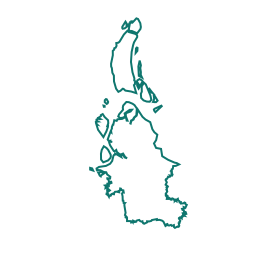 outline of Noakhali, Chittagong, Bangladesh, rotated 170°
{"feature_id": "16705992B96773862439533", "entity_name": "Noakhali", "entity_type": "district", "adm_level": 2, "iso_a3": "BGD", "parent_name": "Bangladesh", "parent_adm1": "Chittagong", "projection": "robinson", "projection_center": [91.099, 22.578], "detail": "fine", "context": "isolated", "style": "outline", "palette": "teal", "viewbox_px": 256, "rotation_deg": 170, "n_neighbors": 0, "source": "geoboundaries", "source_scale": "gbopen_adm2", "svg_char_len": 5830}
<svg xmlns="http://www.w3.org/2000/svg" viewBox="0 0 256 256"><g transform="rotate(170 128 128)"><path d="M95.9,21.9L95.0,22.1L94.5,22.8L94.6,25.4L93.8,25.5L93.8,26.5L93.1,26.6L92.6,27.6L93.5,29.8L93.0,30.1L93.2,30.6L92.3,31.0L90.8,29.6L90.5,31.6L89.6,32.1L89.3,31.4L88.4,32.0L87.6,31.7L88.8,33.5L88.9,34.5L87.7,34.3L86.7,33.1L85.5,33.3L85.8,35.2L87.4,35.9L87.3,36.9L88.1,38.3L88.6,38.1L88.8,39.0L86.7,39.0L86.8,40.4L85.3,39.5L83.5,42.1L84.6,42.9L84.6,44.3L85.3,44.8L86.6,44.2L89.1,44.4L89.4,45.1L88.9,45.1L88.8,45.8L90.1,45.9L90.1,47.1L91.2,48.1L91.2,49.6L92.9,48.9L93.0,47.4L94.2,48.4L94.6,48.1L94.3,49.4L95.6,49.6L95.7,50.4L96.6,51.0L97.5,50.8L97.8,49.9L98.4,50.1L98.6,51.0L100.0,52.4L100.3,51.1L102.1,51.4L101.6,52.6L102.0,53.9L101.4,54.4L102.5,54.8L102.5,55.4L101.8,55.6L102.2,56.8L100.4,58.6L100.8,60.3L100.4,60.3L100.4,61.5L99.2,63.1L100.1,63.3L99.4,64.2L100.8,65.6L99.2,67.8L100.0,70.3L99.4,71.1L98.3,71.2L97.1,73.0L96.4,72.6L95.1,73.3L95.4,72.8L95.0,72.8L94.5,73.3L94.9,74.0L92.8,73.5L92.2,74.6L93.1,76.0L92.7,77.8L93.2,78.2L92.7,78.6L92.3,78.1L92.1,79.7L91.0,80.0L90.1,82.7L87.5,82.4L84.0,83.3L86.1,85.0L88.1,85.8L94.0,89.7L99.2,94.3L99.1,101.7L103.8,103.5L105.1,108.3L102.4,111.2L100.3,116.3L102.8,119.3L104.2,122.5L105.1,129.9L109.3,133.3L111.8,136.5L115.1,144.3L117.3,138.7L120.0,137.1L121.0,135.4L123.5,134.4L124.6,131.9L124.9,132.1L123.7,134.8L121.8,135.4L120.2,137.3L117.6,139.0L115.9,145.7L117.6,149.4L119.3,151.1L122.7,153.3L125.1,153.9L128.8,151.0L129.6,149.0L129.7,146.9L134.4,143.0L135.6,141.1L134.0,139.1L130.6,139.1L128.6,140.3L128.8,142.9L123.2,145.6L120.9,145.3L122.6,143.8L127.6,142.9L128.1,140.0L127.2,135.3L128.0,135.5L128.1,138.1L129.0,139.0L132.2,138.0L136.9,138.4L137.9,137.0L140.2,138.0L141.9,133.8L142.4,133.9L143.8,131.6L143.8,130.6L145.2,128.4L145.2,126.6L145.9,127.4L150.0,120.2L149.4,118.8L147.8,118.6L148.3,117.9L145.9,117.0L148.7,117.8L149.1,117.0L148.6,114.0L146.0,107.8L145.2,107.4L143.4,108.4L143.1,106.3L140.9,103.7L139.5,103.2L137.3,103.7L135.9,100.1L134.2,98.3L136.5,99.7L137.2,102.1L140.1,101.9L139.8,100.7L145.1,105.1L145.5,104.0L146.3,104.0L147.2,103.1L149.3,98.3L151.8,95.9L156.3,94.5L163.3,94.7L166.0,93.6L166.0,92.1L162.5,91.2L159.5,88.9L157.1,88.2L156.6,85.9L153.9,83.0L154.4,81.4L157.1,82.1L157.2,81.5L156.1,80.2L156.1,78.3L153.9,78.0L153.8,76.8L156.7,76.1L156.8,75.2L157.3,75.9L157.1,76.8L158.0,76.8L158.5,73.8L159.8,75.4L160.6,75.4L159.9,74.5L160.6,72.7L158.1,73.4L159.1,70.6L157.8,71.0L156.7,69.7L157.9,69.1L159.3,69.8L159.2,66.9L160.4,67.3L160.7,66.6L159.2,65.1L158.7,63.6L158.3,64.5L157.1,64.3L156.9,65.1L156.4,64.8L155.6,65.8L154.1,66.1L154.0,65.4L153.3,65.2L153.0,66.3L151.9,67.4L150.3,67.3L148.0,66.3L148.2,67.6L146.8,67.8L146.2,69.8L145.5,69.5L145.0,67.9L143.4,67.4L143.4,65.2L144.3,65.5L145.3,64.3L145.2,61.7L145.8,57.4L145.2,57.2L145.3,54.9L144.0,54.6L144.7,54.0L145.0,52.2L145.1,44.9L146.1,42.8L145.0,41.0L145.8,40.9L145.9,40.4L144.6,39.5L145.1,36.5L141.3,35.8L141.3,34.4L139.8,34.7L139.6,34.3L139.1,35.9L138.3,35.4L138.2,34.4L137.8,34.2L136.2,34.3L136.0,35.1L135.1,35.4L132.9,35.5L132.2,34.2L130.8,33.4L130.0,33.6L130.0,32.6L129.2,31.7L129.4,31.4L128.7,30.9L125.5,31.8L125.4,32.8L123.2,32.3L121.1,32.5L120.5,33.2L115.4,33.3L115.6,32.3L113.0,32.1L110.7,31.0L109.4,29.7L108.1,25.0L107.0,25.5L106.7,26.5L105.9,26.6L105.6,25.3L104.5,24.8L102.5,25.1L101.8,24.0L99.7,24.4L99.9,22.5L99.1,21.5L96.4,22.4L95.9,21.9ZM125.6,167.3L124.1,165.3L118.6,163.4L113.8,160.9L114.7,169.2L113.6,169.9L113.3,171.3L112.1,171.9L113.6,173.7L113.1,175.9L113.9,182.1L113.6,192.5L111.2,202.3L108.6,208.6L107.2,211.3L103.2,215.9L102.9,217.2L103.2,218.3L104.8,219.6L110.6,222.4L111.8,223.8L115.8,220.8L121.2,214.6L122.6,213.7L124.8,213.7L125.0,210.9L126.2,209.3L127.7,208.9L128.0,207.6L129.6,206.6L130.3,202.3L133.5,194.3L133.9,191.5L133.5,189.8L133.8,185.1L132.8,182.1L133.7,176.3L132.9,168.8L131.2,165.3L128.9,166.0L126.4,167.6L125.6,167.3ZM158.5,138.0L157.7,136.8L158.5,137.2L157.8,131.5L153.8,123.3L149.9,128.4L147.6,132.5L147.3,133.6L148.0,133.6L146.6,136.1L146.3,139.1L149.1,142.9L150.5,146.1L152.5,145.4L152.7,144.3L155.0,143.4L154.8,142.4L153.7,141.6L154.6,141.6L156.2,142.8L157.0,141.6L157.6,141.6L157.8,140.7L156.4,139.6L157.2,139.7L156.9,139.0L157.9,139.9L158.6,139.6L158.5,138.0ZM104.4,169.8L107.3,166.6L108.1,161.4L109.4,159.4L109.8,155.3L107.9,152.5L105.0,150.8L102.0,150.1L100.1,151.8L100.3,156.1L102.9,167.8L104.4,169.8ZM107.4,222.9L102.5,219.7L98.6,223.3L97.8,225.2L97.7,229.1L99.2,233.6L100.7,234.5L106.0,230.5L105.1,231.8L105.3,232.3L106.3,232.5L107.0,231.2L107.6,231.6L110.2,224.8L109.2,223.0L107.4,222.9ZM158.3,98.5L153.3,99.5L150.8,101.3L149.9,102.6L149.7,104.7L151.3,109.8L152.6,112.0L155.0,114.2L157.7,110.9L159.1,107.3L160.0,101.6L158.3,98.5ZM104.8,192.4L107.1,186.8L108.3,177.5L105.4,175.2L106.2,178.2L105.6,180.8L105.5,184.9L104.4,187.5L104.8,192.4ZM108.2,174.2L110.4,173.3L111.2,172.1L109.0,167.2L105.5,171.4L106.1,172.6L108.2,174.2ZM116.0,228.7L116.3,227.5L116.0,226.7L114.0,226.7L110.4,228.5L110.3,229.6L111.3,228.7L111.6,229.0L111.4,231.7L112.0,233.2L116.0,228.7ZM91.3,144.2L98.5,142.3L99.3,141.7L99.2,140.5L98.3,138.8L91.0,143.6L91.3,144.2ZM96.9,156.9L97.2,152.1L98.6,149.7L98.1,149.8L98.3,149.2L97.7,148.9L95.9,148.6L94.1,149.8L96.9,156.9ZM159.3,87.5L162.8,89.7L164.7,88.2L164.1,86.0L163.2,85.1L162.8,86.0L159.3,87.5ZM144.7,160.3L146.0,159.4L146.4,157.6L144.8,155.4L143.8,155.8L143.0,157.1L144.0,160.0L144.7,160.3ZM104.7,205.2L105.3,205.7L106.3,205.0L107.4,200.6L105.4,202.3L104.7,205.2ZM111.4,170.0L111.6,168.2L110.7,164.9L109.5,166.2L109.4,167.0L110.5,169.5L111.4,170.0ZM169.7,92.1L170.3,94.4L172.2,95.3L172.5,93.6L169.7,92.1ZM100.6,163.9L99.1,159.0L97.6,158.2L98.7,160.1L100.6,163.9ZM148.2,154.3L148.1,153.1L147.3,153.0L147.2,153.9L148.2,154.3ZM164.7,88.4L164.2,89.1L165.1,89.4L165.0,89.1L164.7,88.4Z" fill="none" stroke="#0f766e" stroke-width="2"/></g></svg>